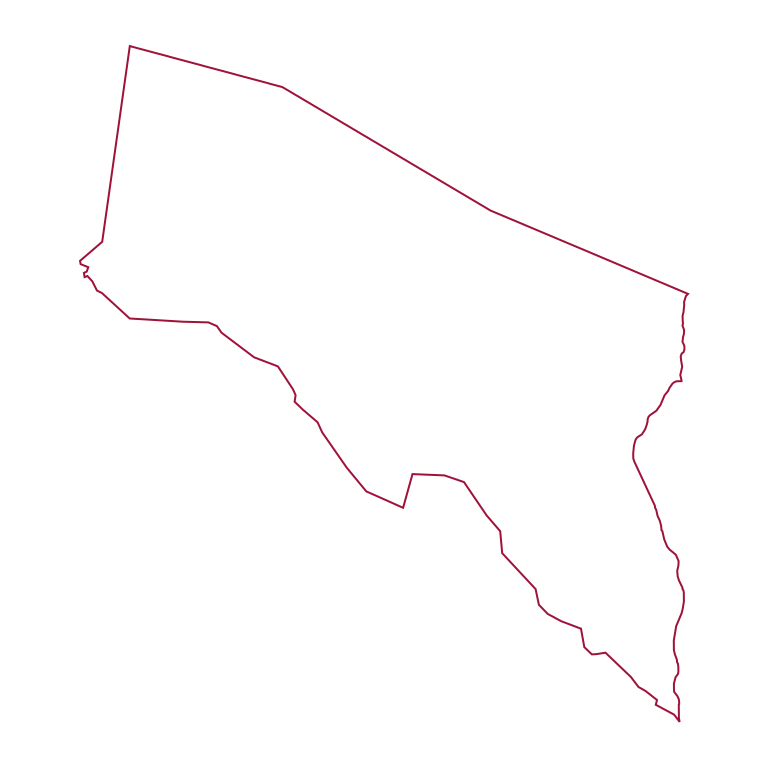 North Waghi District, Western Highlands, Papua New Guinea
{"feature_id": "67681753B53127057906438", "entity_name": "North Waghi District", "entity_type": "district", "adm_level": 2, "iso_a3": "PNG", "parent_name": "Papua New Guinea", "parent_adm1": "Western Highlands", "projection": "equal_earth", "projection_center": [144.746, -5.814], "detail": "fine", "context": "isolated", "style": "outline", "palette": "rose", "viewbox_px": 768, "rotation_deg": 0, "n_neighbors": 0, "source": "geoboundaries", "source_scale": "gbopen_adm2", "svg_char_len": 1879}
<svg xmlns="http://www.w3.org/2000/svg" viewBox="0 0 768 768"><path d="M679.6,721.9L678.9,717.7L678.8,704.6L679.2,704.0L679.1,701.2L678.7,698.9L677.4,696.1L674.4,692.2L674.0,691.1L673.9,683.7L675.5,677.4L678.0,673.9L678.4,671.6L678.3,666.5L677.9,663.6L677.0,662.0L677.0,660.2L674.8,654.0L673.9,650.1L673.8,640.4L676.2,626.1L681.5,613.5L682.7,608.9L683.9,601.5L683.8,592.4L683.3,590.1L682.5,589.0L682.5,587.8L679.0,580.5L677.7,576.5L677.2,570.9L678.4,565.7L678.6,561.1L675.9,554.8L669.4,549.4L667.2,546.6L664.2,539.3L662.4,531.3L661.5,530.2L661.1,525.6L659.7,520.5L657.6,516.0L656.2,509.8L655.0,507.6L654.9,505.8L634.2,461.3L633.3,458.5L633.2,453.3L634.0,445.4L635.6,439.6L637.3,437.3L641.9,434.4L645.2,429.2L646.8,424.6L647.6,421.2L647.6,419.5L648.4,417.1L649.7,415.4L656.4,410.7L660.5,404.9L664.6,395.2L668.0,391.1L669.6,387.7L672.5,383.6L673.8,382.5L676.3,381.3L680.0,381.2L681.4,381.2L681.8,381.7L680.3,375.0L682.2,366.7L681.2,361.0L680.7,356.4L681.7,353.6L683.6,352.1L684.5,349.1L684.3,345.7L682.5,341.9L683.0,337.4L683.6,335.1L684.0,333.1L684.1,329.9L682.5,325.7L683.0,323.5L682.7,320.8L682.6,315.8L683.5,312.1L684.2,305.0L684.1,301.9L685.9,296.1L688.0,293.9L602.1,257.6L490.6,210.6L282.4,87.1L129.8,46.1L102.2,241.8L80.0,260.9L80.7,264.2L88.3,267.2L86.7,271.6L83.9,272.9L84.6,277.1L85.7,276.7L87.4,276.0L92.3,281.3L97.0,290.6L101.9,293.0L129.7,318.5L146.6,319.5L182.7,321.7L208.4,322.4L216.9,326.1L221.5,332.7L254.1,357.3L277.9,366.4L293.0,389.3L295.6,395.2L294.6,401.7L302.7,409.5L317.6,422.3L322.2,432.4L346.9,467.9L366.3,491.4L403.1,507.8L412.5,474.1L444.4,475.4L464.0,482.1L486.6,515.4L500.2,531.2L502.2,553.2L535.6,589.1L538.9,604.8L547.8,614.0L561.4,621.3L581.0,628.7L584.3,647.1L591.9,654.4L596.6,654.1L605.5,652.7L631.0,677.1L638.5,687.0L645.4,690.9L650.4,694.8L657.0,700.0L655.8,704.8L674.2,714.7L679.6,721.9Z" fill="none" stroke="#9f1239" stroke-width="2"/></svg>